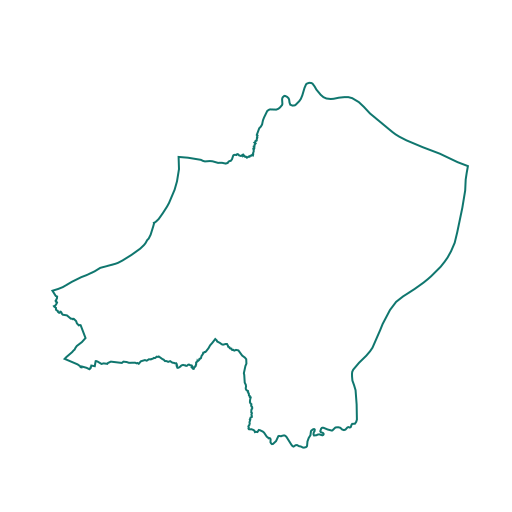 the district of Phu Wiang, Khon Kaen, Thailand, rotated 12°
{"feature_id": "78962969B4805162341011", "entity_name": "Phu Wiang", "entity_type": "district", "adm_level": 2, "iso_a3": "THA", "parent_name": "Thailand", "parent_adm1": "Khon Kaen", "projection": "robinson", "projection_center": [102.416, 16.673], "detail": "fine", "context": "isolated", "style": "outline", "palette": "teal", "viewbox_px": 512, "rotation_deg": 12, "n_neighbors": 0, "source": "geoboundaries", "source_scale": "gbopen_adm2", "svg_char_len": 6070}
<svg xmlns="http://www.w3.org/2000/svg" viewBox="0 0 512 512"><g transform="rotate(12 256 256)"><path d="M90.2,396.4L104.0,399.1L107.7,400.7L107.7,401.2L108.6,401.2L108.7,400.3L113.5,400.6L116.6,401.4L117.1,400.8L117.3,399.6L117.6,399.6L117.7,397.4L121.2,397.3L121.0,392.2L121.3,392.0L123.0,392.2L127.3,393.7L129.3,392.7L132.9,392.4L132.9,392.0L133.6,391.3L136.0,389.5L147.0,388.5L148.3,386.9L151.6,386.6L153.9,386.9L159.9,385.5L161.6,385.8L162.3,385.3L163.7,385.8L165.3,382.9L169.0,380.9L170.9,381.1L172.7,379.3L174.7,379.0L174.9,378.6L176.3,378.0L177.3,376.9L178.3,376.9L178.7,376.6L179.8,375.1L181.2,375.1L181.8,374.5L186.1,376.4L187.1,376.5L188.8,377.7L190.4,377.4L192.1,377.8L193.9,376.7L196.3,377.7L198.4,377.6L199.3,377.9L200.2,377.5L201.1,378.4L201.1,379.6L201.6,379.8L201.5,380.5L202.4,381.7L203.4,381.4L205.1,379.8L205.3,379.2L205.9,378.5L207.3,377.7L208.8,377.8L209.3,377.6L209.8,377.9L210.5,378.0L211.4,377.6L212.2,376.5L213.0,376.1L214.5,376.6L215.8,376.4L216.8,377.3L216.2,378.2L218.1,379.5L218.6,379.3L218.7,378.2L219.8,376.3L219.6,376.0L220.0,375.0L219.8,374.5L220.0,374.0L219.6,373.1L219.6,372.5L220.5,371.5L220.5,370.9L220.7,371.1L221.5,370.2L222.2,369.0L222.1,368.3L223.0,367.8L223.4,367.3L223.5,365.1L224.4,363.1L224.5,361.5L225.5,361.1L225.7,360.6L226.5,360.4L227.1,359.4L228.7,356.1L229.7,352.9L231.3,350.1L233.4,345.7L235.2,346.8L235.8,347.7L238.7,348.5L240.9,349.5L242.2,349.6L244.6,348.4L245.9,348.1L247.3,349.7L247.6,350.5L249.0,350.8L249.5,351.7L251.2,351.7L251.4,352.3L252.3,352.9L253.4,352.5L253.8,352.9L254.6,353.0L255.9,352.0L258.4,352.0L263.2,356.3L266.3,357.7L267.9,359.0L269.0,363.3L268.5,365.8L268.5,373.2L269.2,374.7L271.3,382.2L272.8,384.1L273.4,385.8L273.4,387.3L273.7,388.2L274.7,389.3L276.2,389.7L276.3,390.7L276.8,390.9L277.1,391.8L277.6,392.1L278.1,393.9L279.1,394.3L279.3,395.3L280.2,395.4L280.1,397.5L280.3,399.5L280.6,400.0L280.5,400.3L281.2,401.3L282.3,401.9L282.4,403.5L282.9,404.2L283.3,404.2L283.7,404.7L283.9,405.4L284.0,406.1L283.5,406.9L283.5,407.6L283.9,410.0L284.7,410.5L284.5,412.3L285.1,413.1L285.4,414.3L284.3,415.1L284.1,416.6L284.3,416.8L284.0,417.3L284.4,417.7L284.2,420.0L284.7,421.2L284.6,422.9L284.2,423.3L284.0,424.4L284.6,425.2L284.5,426.3L285.0,426.9L286.3,426.8L287.5,426.4L289.5,426.7L290.6,427.1L291.6,428.5L292.4,428.0L294.0,427.9L294.9,425.6L296.1,425.6L299.1,426.3L300.6,427.1L304.1,430.5L305.7,431.2L306.2,431.7L307.0,431.3L307.8,431.5L308.4,432.3L308.9,435.2L309.7,436.1L310.7,436.7L311.7,436.3L314.1,432.9L315.3,427.6L315.9,427.2L318.0,427.1L318.8,426.5L320.8,425.6L322.1,425.8L323.5,426.7L329.8,433.2L331.3,434.4L332.4,434.6L334.0,432.9L335.4,432.4L337.7,433.1L339.4,433.0L341.7,433.6L342.7,433.5L344.6,432.6L345.3,431.7L345.4,430.9L344.9,426.7L345.4,423.0L346.5,420.0L346.2,416.1L346.4,415.3L347.9,413.6L348.8,413.2L349.5,413.5L349.7,415.1L349.2,416.4L349.2,417.9L349.4,418.7L350.1,419.5L352.5,418.7L353.4,417.9L354.9,417.3L358.2,417.6L359.0,417.0L359.2,416.2L359.0,415.7L358.3,415.2L356.0,414.8L355.3,414.0L355.6,411.5L356.1,410.5L356.8,410.1L357.8,410.0L362.1,410.8L366.5,411.0L367.0,410.7L369.2,407.4L369.9,407.0L372.1,406.4L374.2,406.5L376.3,407.8L378.2,408.0L379.6,407.2L381.0,404.8L381.5,404.4L382.1,404.1L383.3,404.3L384.0,403.9L384.3,403.5L384.5,401.4L385.0,400.2L387.6,399.5L388.5,397.4L388.7,395.0L385.3,380.3L381.3,366.6L378.8,362.0L376.2,357.8L375.0,353.9L374.4,351.3L374.2,349.3L374.7,347.0L379.0,339.0L384.6,330.6L387.4,325.4L389.0,321.5L392.9,302.5L394.0,296.2L398.3,280.9L402.6,271.7L408.3,264.9L417.9,255.4L425.4,247.2L428.9,242.9L431.5,239.4L438.8,228.2L441.6,222.6L443.7,217.7L445.8,210.8L447.6,201.8L447.9,191.0L447.8,166.0L447.0,148.5L445.2,137.5L444.8,130.7L444.6,124.0L433.7,122.3L414.5,117.7L396.4,114.9L379.1,111.6L371.4,109.5L367.2,108.0L363.5,106.3L337.9,92.9L330.5,87.7L324.6,84.1L317.3,81.6L313.2,81.4L309.2,82.3L304.2,83.9L299.2,86.1L296.4,86.9L292.1,87.3L288.9,86.6L285.8,84.9L280.5,80.7L278.1,78.0L275.5,75.7L274.3,75.3L272.1,75.5L270.2,76.6L269.3,77.6L268.5,81.5L267.9,89.2L267.2,93.0L266.1,95.6L263.4,99.8L262.6,100.6L260.5,101.3L258.1,100.9L256.9,99.0L255.9,96.2L255.1,95.0L253.4,93.9L251.4,93.4L250.4,93.5L249.2,95.1L248.9,96.2L249.0,97.5L250.2,101.8L250.1,102.9L248.6,105.7L247.3,107.3L245.4,108.6L239.2,109.7L238.0,110.5L236.8,111.9L235.1,118.8L234.6,121.8L234.6,126.1L233.8,128.5L232.6,130.4L231.6,137.4L232.4,137.8L232.2,138.4L232.6,139.6L232.3,139.8L232.3,140.3L232.6,140.6L232.4,142.0L232.7,142.6L232.5,143.2L231.6,143.6L231.6,144.5L230.9,145.4L232.2,146.0L231.5,147.5L231.7,148.6L231.1,149.2L231.7,149.7L231.9,150.7L231.1,151.2L231.0,151.5L231.3,152.1L231.8,152.0L231.7,152.9L232.0,154.2L231.7,156.3L232.1,156.8L232.1,158.3L231.0,158.1L230.7,158.8L230.1,158.8L229.4,159.3L229.2,160.0L228.7,160.0L228.5,160.4L228.1,160.3L226.7,161.7L225.8,161.0L224.8,161.3L224.0,160.5L223.5,160.4L222.8,160.9L222.6,159.5L222.4,159.4L221.6,160.0L221.7,160.7L220.4,161.3L218.5,161.1L217.5,160.3L216.8,160.2L216.4,160.3L215.9,161.3L214.3,161.4L213.1,162.0L212.8,162.7L212.4,166.4L211.5,168.2L210.3,168.7L209.5,169.5L208.9,171.0L207.6,171.5L207.3,171.9L203.3,171.9L199.4,172.8L193.8,172.4L191.2,172.7L186.4,174.1L184.4,174.0L182.1,173.4L169.0,174.0L159.7,175.2L162.6,187.0L163.2,199.4L162.6,208.2L159.9,222.2L158.7,226.2L155.9,233.6L153.1,240.1L151.2,242.9L150.1,244.2L149.2,244.8L149.5,245.4L149.3,248.6L148.5,257.1L147.4,261.3L146.3,263.0L145.2,266.5L144.2,268.5L141.2,272.9L133.9,280.9L126.3,288.2L122.3,291.5L120.0,292.9L106.1,300.0L101.3,304.6L94.0,310.1L89.5,313.0L81.3,319.5L73.5,326.6L69.3,329.4L64.1,332.3L68.4,336.7L69.9,337.0L70.1,338.9L69.7,340.1L69.8,340.5L69.3,341.6L69.8,342.2L70.1,342.0L71.1,342.9L70.5,345.1L69.8,346.4L68.8,347.1L69.2,347.5L71.1,348.3L71.5,350.1L72.6,350.7L73.4,350.8L73.9,351.8L75.2,352.5L75.7,352.4L76.2,351.1L76.6,351.1L77.4,351.7L78.3,353.0L79.2,353.6L83.4,353.4L87.9,355.8L89.0,355.6L90.0,355.9L90.4,355.4L90.9,355.4L93.6,357.1L94.8,359.1L97.1,360.7L98.1,360.1L98.9,360.2L106.3,371.7L103.6,376.4L99.4,381.3L98.5,383.4L98.0,385.3L97.2,386.3L96.1,388.3L91.5,394.3L90.2,396.4Z" fill="none" stroke="#0f766e" stroke-width="2"/></g></svg>